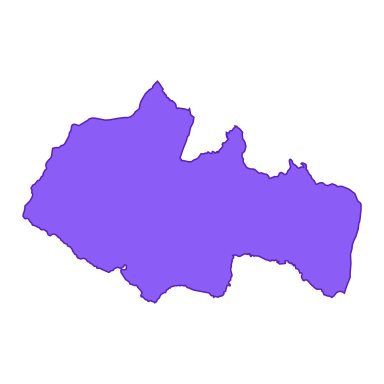 Suaita, Santander, Colombia (Robinson projection)
{"feature_id": "7082276B85655990008010", "entity_name": "Suaita", "entity_type": "district", "adm_level": 2, "iso_a3": "COL", "parent_name": "Colombia", "parent_adm1": "Santander", "projection": "robinson", "projection_center": [-73.355, 6.125], "detail": "fine", "context": "isolated", "style": "filled", "palette": "violet", "viewbox_px": 384, "rotation_deg": 0, "n_neighbors": 0, "source": "geoboundaries", "source_scale": "gbopen_adm2", "svg_char_len": 6000}
<svg xmlns="http://www.w3.org/2000/svg" viewBox="0 0 384 384"><path d="M137.5,287.0L141.7,291.6L141.4,292.0L142.0,293.0L140.9,295.4L141.1,296.7L141.7,296.9L142.2,296.3L145.4,299.6L147.0,299.9L148.1,301.3L148.7,301.4L150.7,300.5L151.6,301.2L153.9,301.9L154.7,302.8L156.5,301.6L157.3,299.6L159.5,297.6L160.1,295.8L161.3,294.3L163.9,292.7L165.6,292.5L166.6,290.1L168.0,289.4L168.7,288.2L170.2,288.0L171.1,286.9L173.2,286.2L175.7,285.7L177.1,285.8L178.8,285.3L179.8,285.8L181.5,285.3L184.1,285.9L185.5,285.4L186.6,286.9L188.0,287.9L189.3,287.9L190.4,288.7L194.0,290.1L208.5,292.8L209.6,293.3L210.5,294.9L211.0,295.3L211.6,295.7L213.2,295.8L213.7,297.3L215.1,296.4L218.2,297.2L219.4,296.3L220.3,296.3L222.7,295.5L223.2,294.9L224.0,293.5L223.7,292.4L225.5,291.3L226.9,285.7L228.1,285.2L229.9,285.9L230.2,285.4L229.9,284.2L228.6,283.2L228.5,282.7L228.8,281.8L230.7,279.9L230.8,277.5L232.0,275.9L231.8,274.2L230.8,270.6L230.7,268.6L231.3,266.8L231.3,264.4L232.1,261.4L232.1,259.7L233.6,257.5L233.7,256.8L232.8,255.5L235.5,254.9L238.3,256.2L239.9,256.4L244.9,253.7L246.9,254.4L248.0,254.0L248.6,254.3L249.1,253.6L249.6,253.8L250.3,255.8L250.8,256.4L251.2,256.4L251.4,255.6L252.0,255.2L254.1,256.1L255.3,255.8L258.7,256.1L266.4,259.9L267.8,260.0L270.1,261.1L271.3,260.7L271.8,260.1L274.1,260.7L275.6,260.1L276.9,260.6L277.2,261.0L277.1,261.8L278.4,261.7L277.6,262.5L279.7,264.0L285.1,263.5L285.6,262.8L284.9,261.5L285.1,260.9L285.7,260.7L287.7,260.9L288.2,261.4L288.3,262.3L290.4,263.5L291.6,263.0L292.1,263.2L292.4,264.7L293.4,264.6L293.8,265.5L294.4,264.7L295.0,265.3L295.8,268.5L297.0,268.7L298.7,269.8L299.4,271.4L299.7,273.0L301.2,272.8L302.1,273.6L302.3,274.3L301.5,275.9L301.6,277.6L303.1,280.3L304.0,280.7L305.4,279.8L307.3,280.2L310.9,284.3L315.4,288.4L317.0,289.2L320.4,289.1L321.5,289.5L321.9,290.5L321.8,291.0L322.7,291.5L324.2,294.9L325.5,295.0L326.9,295.8L329.7,296.2L331.8,297.4L334.1,295.7L336.5,292.6L339.3,291.4L342.1,291.7L344.4,293.1L346.4,286.8L350.2,277.1L350.1,274.1L350.9,263.8L350.5,254.2L351.8,249.5L352.5,244.3L353.7,240.9L356.0,236.2L358.2,228.8L358.8,223.5L359.7,221.2L360.0,218.9L361.0,209.5L361.0,204.3L360.2,202.9L357.6,200.8L355.2,194.4L354.3,193.2L348.8,189.1L342.2,186.4L339.5,186.3L338.1,186.8L335.5,185.1L332.2,183.8L328.2,185.5L325.4,185.2L323.2,183.1L321.8,182.7L319.5,182.9L316.9,184.3L315.8,184.0L314.3,180.9L311.9,178.6L310.8,175.6L308.9,173.9L308.8,173.3L308.0,172.0L307.5,170.3L306.5,170.1L306.1,169.6L306.4,166.4L306.0,164.8L305.7,164.3L303.5,163.2L301.9,163.0L301.1,163.7L303.5,165.7L303.7,167.2L301.3,166.9L299.2,168.1L298.4,168.0L297.7,167.7L296.0,165.7L293.6,164.0L292.7,163.0L292.0,160.7L290.7,159.4L290.2,159.3L289.6,159.8L289.3,160.9L290.5,167.1L289.9,168.6L287.8,171.0L287.0,173.4L285.8,174.3L284.6,174.5L281.7,172.5L280.8,172.5L279.6,173.2L278.2,176.1L277.7,176.6L274.4,176.6L270.2,178.4L268.8,178.0L268.8,176.4L266.8,174.4L263.8,173.8L261.6,172.8L259.1,173.4L255.6,170.2L253.8,169.1L249.8,168.9L246.6,167.4L243.5,162.6L243.1,161.3L243.4,159.3L242.0,156.6L242.0,154.3L242.6,153.2L244.7,151.1L245.9,146.5L245.1,142.9L244.3,141.0L242.8,139.0L242.2,134.4L242.6,132.3L239.3,128.4L237.9,127.8L236.9,126.5L235.0,125.9L235.0,127.2L233.4,128.5L232.5,130.1L231.8,130.6L230.8,130.6L229.4,131.4L229.4,132.9L227.3,133.0L226.4,132.5L226.5,133.4L227.0,134.0L226.3,134.0L226.2,134.4L226.6,135.9L227.2,136.4L226.7,136.9L227.5,138.3L228.4,138.9L228.2,139.4L225.1,142.6L222.8,143.0L222.2,144.5L222.7,144.9L222.6,146.5L222.1,147.4L219.6,150.0L219.0,151.5L218.5,152.0L218.5,151.4L217.9,151.5L218.3,152.2L217.5,152.3L217.0,151.7L216.5,151.9L216.2,152.6L215.1,153.1L213.9,152.0L212.7,151.5L212.2,151.9L211.8,153.4L210.3,153.4L208.3,152.0L207.8,152.0L207.0,153.4L205.5,153.1L203.5,153.9L201.0,153.8L198.3,157.7L196.9,158.9L193.8,160.0L191.5,161.7L188.6,161.8L182.9,160.5L181.5,160.7L181.3,159.4L180.0,158.3L180.2,157.3L183.5,147.8L186.3,141.0L187.2,137.0L188.9,135.1L190.5,127.6L192.6,123.6L193.2,121.8L193.9,117.3L190.7,114.8L189.5,108.7L188.3,110.1L187.9,110.1L184.9,109.0L178.2,108.0L177.7,108.5L176.6,107.9L176.2,107.2L175.8,104.5L174.3,102.4L172.9,101.5L172.4,100.7L171.1,100.9L170.5,100.1L170.0,100.2L169.5,99.8L169.4,99.1L168.4,98.5L168.3,97.9L167.0,97.4L165.6,94.4L164.7,94.3L164.2,92.8L162.6,91.5L162.5,90.0L163.1,89.2L159.0,83.0L157.4,81.2L153.3,85.5L152.8,86.6L152.8,87.7L150.1,89.5L149.3,89.7L147.9,91.5L147.4,91.6L145.1,94.2L141.0,101.3L140.1,104.1L139.3,108.6L138.3,109.6L135.3,111.8L134.2,113.8L132.6,115.4L130.1,117.0L127.3,117.6L125.0,117.5L118.4,118.3L109.4,119.9L105.1,120.1L94.8,118.1L92.0,118.1L89.5,118.8L87.4,120.5L79.0,125.6L74.7,124.3L72.9,124.5L72.1,125.2L71.5,126.5L71.2,129.6L70.6,131.2L69.5,132.5L69.0,135.9L64.7,143.9L63.4,145.0L61.1,145.7L59.6,147.1L58.6,147.6L55.7,147.6L52.6,148.4L51.8,154.6L51.2,156.9L50.6,158.2L48.5,160.1L46.3,163.1L45.8,165.2L46.5,168.0L46.4,169.1L45.1,170.0L43.5,172.7L42.6,176.3L41.5,176.5L39.5,180.2L37.7,180.5L35.2,183.8L34.4,184.5L33.2,184.8L31.2,187.7L31.1,188.6L32.0,190.1L31.8,192.9L32.7,194.0L32.7,195.1L31.8,197.7L29.9,201.0L25.0,205.9L24.9,208.3L24.3,211.4L23.4,213.5L23.0,216.1L24.4,218.2L25.2,218.8L27.2,218.4L28.3,218.8L29.9,221.4L31.4,222.9L32.5,225.1L35.1,225.7L38.0,227.3L39.0,227.5L39.6,227.9L40.5,229.3L42.0,229.9L43.1,229.5L44.3,229.7L45.8,231.0L46.9,231.4L47.9,234.3L49.3,235.5L50.5,235.7L51.6,234.7L53.5,234.0L55.4,234.4L58.7,237.5L60.3,238.4L60.9,240.0L62.7,241.3L63.9,242.9L65.5,243.7L67.0,244.0L67.5,245.8L70.3,247.0L72.1,249.3L72.7,251.0L74.7,254.1L76.4,255.0L77.0,256.8L77.9,257.9L80.6,259.0L83.5,258.3L85.6,258.9L87.6,261.5L88.7,261.7L90.5,263.5L91.8,263.8L94.4,266.3L96.8,266.6L96.8,267.9L97.2,268.1L100.4,268.4L101.6,269.2L108.6,272.3L109.2,272.2L111.0,270.8L113.2,270.3L114.4,268.6L115.0,268.3L117.6,267.4L120.0,268.1L121.7,267.8L123.5,266.7L124.7,264.9L125.8,265.2L126.5,266.1L126.1,269.3L123.5,270.0L121.7,269.3L121.2,269.5L120.8,270.5L121.0,272.3L125.6,279.5L128.9,281.7L130.1,284.0L135.0,285.6L136.4,285.4L137.4,286.3L137.5,287.0Z" fill="#8b5cf6" stroke="#5b21b6" stroke-width="1.5"/></svg>